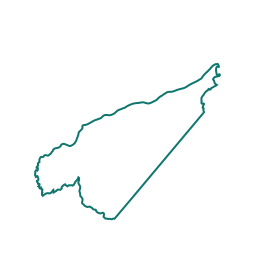 outline of Boa Vista, Roraima, Brazil, rotated 220°
{"feature_id": "56859067B27069997070739", "entity_name": "Boa Vista", "entity_type": "district", "adm_level": 2, "iso_a3": "BRA", "parent_name": "Brazil", "parent_adm1": "Roraima", "projection": "equal_earth", "projection_center": [-60.644, 3.017], "detail": "fine", "context": "isolated", "style": "outline", "palette": "teal", "viewbox_px": 256, "rotation_deg": 220, "n_neighbors": 0, "source": "geoboundaries", "source_scale": "gbopen_adm2", "svg_char_len": 5216}
<svg xmlns="http://www.w3.org/2000/svg" viewBox="0 0 256 256"><g transform="rotate(220 128 128)"><path d="M80.0,49.8L79.9,76.1L79.9,78.3L79.9,80.7L79.9,82.1L79.9,91.5L79.9,93.4L79.9,145.2L79.9,146.7L79.9,147.7L79.9,155.7L79.9,161.3L79.9,162.2L79.9,188.8L80.9,189.6L82.0,190.3L82.3,190.9L82.5,191.5L83.1,191.7L83.7,191.5L84.1,191.8L84.5,192.8L84.9,193.9L85.0,194.8L85.2,195.3L85.7,195.4L86.1,195.1L86.6,194.5L87.0,194.2L87.7,194.3L88.0,194.6L88.4,195.0L88.7,195.8L89.3,196.1L89.9,197.0L90.8,197.8L91.1,198.6L91.4,200.0L91.4,202.2L91.5,202.9L91.7,203.7L91.8,204.2L91.7,205.6L91.7,206.4L91.5,207.1L91.2,207.7L91.1,208.4L91.4,209.4L91.2,210.0L89.9,210.0L89.6,210.7L89.8,212.5L89.1,213.7L88.6,215.3L88.1,216.6L87.7,217.4L87.6,218.0L88.2,217.8L88.9,218.0L89.8,218.0L90.6,218.2L91.1,218.5L91.4,218.8L92.3,219.4L92.9,219.7L93.9,219.8L94.3,220.3L94.4,221.5L94.2,223.1L93.8,223.6L93.4,224.1L91.8,226.1L91.5,226.6L91.5,227.2L91.8,227.7L92.2,228.0L92.6,227.8L92.9,227.3L93.1,226.5L93.7,226.0L94.5,226.1L95.5,226.9L96.1,227.4L97.5,228.6L98.7,230.2L99.1,231.1L99.3,231.6L99.2,232.2L98.8,232.6L97.9,232.9L97.7,233.4L98.3,233.8L99.5,234.4L100.1,234.7L100.6,234.6L101.2,233.9L101.6,233.4L102.0,233.1L102.4,232.0L102.7,231.4L103.1,229.8L103.2,228.0L103.1,226.0L103.3,224.3L103.5,221.8L103.9,218.3L103.9,215.6L103.6,213.2L104.0,212.0L104.7,209.9L105.6,207.5L107.9,202.5L108.9,199.9L109.6,197.4L110.2,195.7L111.1,194.1L111.9,193.0L114.2,189.8L116.4,185.9L117.6,184.1L118.5,183.2L119.6,182.2L120.4,181.5L121.1,180.4L121.8,178.2L122.5,176.1L122.8,174.5L123.4,173.2L123.8,171.5L124.1,168.8L124.1,168.1L124.3,167.3L125.0,165.7L125.9,163.8L126.1,163.2L126.6,162.2L127.2,161.0L128.1,159.9L129.3,159.1L132.7,157.6L133.3,157.1L134.0,156.4L135.4,154.7L137.9,152.1L139.4,150.4L140.5,148.7L141.7,146.5L142.7,144.1L143.8,140.8L144.6,139.7L145.0,139.0L145.3,138.2L146.0,137.1L146.7,135.9L147.3,134.2L147.7,130.9L148.0,129.9L148.4,128.9L148.9,127.9L149.4,127.1L150.1,126.1L150.7,125.6L152.1,124.7L153.6,123.5L154.2,122.9L154.4,122.4L154.6,121.8L154.8,121.2L155.0,119.0L155.1,118.3L155.3,117.8L158.3,112.7L159.0,111.2L159.8,109.0L161.1,105.6L161.6,104.6L162.3,103.4L162.9,102.7L163.7,101.9L164.1,101.4L164.3,100.6L163.9,99.8L163.1,99.0L162.8,98.3L162.6,97.3L162.8,95.0L162.9,94.4L162.9,93.6L162.8,92.9L162.6,92.3L162.2,91.8L161.5,90.5L161.3,89.6L161.0,89.1L160.8,88.4L160.1,86.5L159.5,84.8L159.3,83.4L159.1,82.3L159.2,81.3L159.3,80.3L159.9,78.6L160.5,77.3L160.9,76.9L161.2,76.6L166.2,75.0L166.8,74.7L167.6,74.0L168.0,73.5L168.3,72.4L168.1,70.9L168.0,70.2L168.2,69.4L168.4,68.8L168.7,68.2L169.4,67.3L170.4,66.0L171.0,65.0L171.3,64.0L171.3,63.3L171.0,62.8L170.9,62.2L170.9,61.4L170.9,60.8L170.7,59.3L170.7,58.7L170.9,57.8L171.1,57.1L171.2,56.1L171.5,55.4L173.7,54.3L174.5,53.2L174.3,51.6L175.1,50.6L175.7,50.3L176.1,49.6L176.1,48.8L175.9,47.8L175.6,47.0L174.8,45.9L174.5,45.4L173.9,44.9L174.2,44.0L174.3,43.5L174.2,42.9L173.8,42.4L173.2,42.1L172.7,41.4L172.7,40.5L172.9,39.8L172.8,39.2L172.4,38.8L171.7,39.4L171.2,39.3L170.2,37.9L170.1,37.1L170.8,37.0L171.3,36.6L171.0,34.9L170.1,34.0L169.7,33.4L169.0,32.2L168.1,32.1L167.5,31.4L167.0,31.3L166.9,32.3L166.4,32.9L164.4,31.8L164.0,31.4L163.6,31.0L163.3,30.5L163.3,29.9L163.8,29.1L163.4,28.4L162.1,28.2L161.2,27.4L159.9,28.2L159.6,28.1L159.3,27.3L159.2,25.8L158.4,26.2L158.0,25.5L157.5,25.3L156.8,25.0L156.1,25.3L155.6,25.5L155.9,26.2L155.4,26.0L154.9,25.7L154.4,25.9L153.8,25.7L153.4,24.5L153.0,24.1L152.7,23.8L152.2,23.7L152.2,23.1L151.8,22.5L151.1,21.7L150.7,21.4L150.2,21.4L149.6,21.3L149.6,21.9L149.4,23.0L149.3,23.5L148.9,24.0L148.8,24.6L148.6,25.3L148.3,25.7L147.8,26.3L147.4,26.7L147.0,26.9L146.4,27.1L146.1,27.5L145.8,28.0L145.4,28.4L145.4,29.3L145.3,29.8L145.1,30.6L145.4,31.3L145.5,31.8L145.4,32.5L143.5,30.8L143.2,31.6L143.1,32.3L142.8,32.9L142.5,33.5L142.6,34.1L142.4,34.9L142.1,35.8L141.7,36.1L141.1,36.5L140.2,37.0L140.0,37.7L139.9,38.5L139.9,39.1L140.7,39.8L140.9,40.5L140.8,41.5L140.5,43.3L140.2,44.1L139.8,44.5L139.0,44.2L138.4,44.2L137.6,44.4L136.9,44.4L136.7,45.1L136.7,45.8L136.0,46.6L135.4,46.9L134.9,47.5L134.4,47.8L133.9,48.3L133.4,48.3L133.2,48.9L133.0,49.7L133.2,50.3L133.3,51.3L133.7,52.5L133.8,53.2L133.7,54.4L133.7,55.0L133.7,55.7L133.7,56.9L134.0,57.4L134.3,58.3L133.5,58.3L133.2,58.1L132.6,57.4L132.1,56.8L131.8,56.0L131.5,55.3L131.2,54.6L130.9,54.3L130.4,53.8L127.6,52.7L127.1,52.4L126.4,51.8L125.8,50.7L125.5,50.1L125.2,49.4L124.9,48.7L124.1,48.0L123.5,47.7L122.5,46.9L121.9,46.4L121.0,45.4L120.5,45.1L120.0,45.2L119.3,45.1L118.3,44.8L117.9,44.6L117.3,44.4L116.8,44.0L116.2,43.0L115.6,41.9L115.2,41.4L114.8,41.2L114.6,40.8L114.1,40.8L113.2,40.8L112.3,40.8L111.8,40.7L111.2,40.6L110.6,40.7L109.9,40.8L109.0,41.2L108.4,41.3L107.7,42.1L107.3,42.6L106.8,43.2L105.8,43.3L105.0,43.6L104.5,43.5L103.9,43.6L103.1,43.4L102.5,43.4L101.7,43.6L100.6,44.4L100.2,44.6L99.6,44.2L99.1,44.1L98.4,43.7L97.9,43.7L97.2,43.7L96.0,44.0L95.1,44.3L94.4,44.7L94.0,45.1L93.8,45.5L93.5,46.0L93.1,46.6L92.2,47.1L91.4,46.9L90.9,46.6L90.6,45.9L89.7,44.4L89.2,44.1L88.6,44.2L87.4,44.1L86.9,44.2L86.5,44.5L86.1,44.8L85.8,45.2L85.2,45.4L84.8,45.5L84.5,45.7L84.0,46.3L83.5,46.8L82.4,47.3L81.8,47.6L81.5,48.1L81.3,48.8L81.0,49.2L80.6,49.5L80.0,49.8Z" fill="none" stroke="#0f766e" stroke-width="2"/></g></svg>